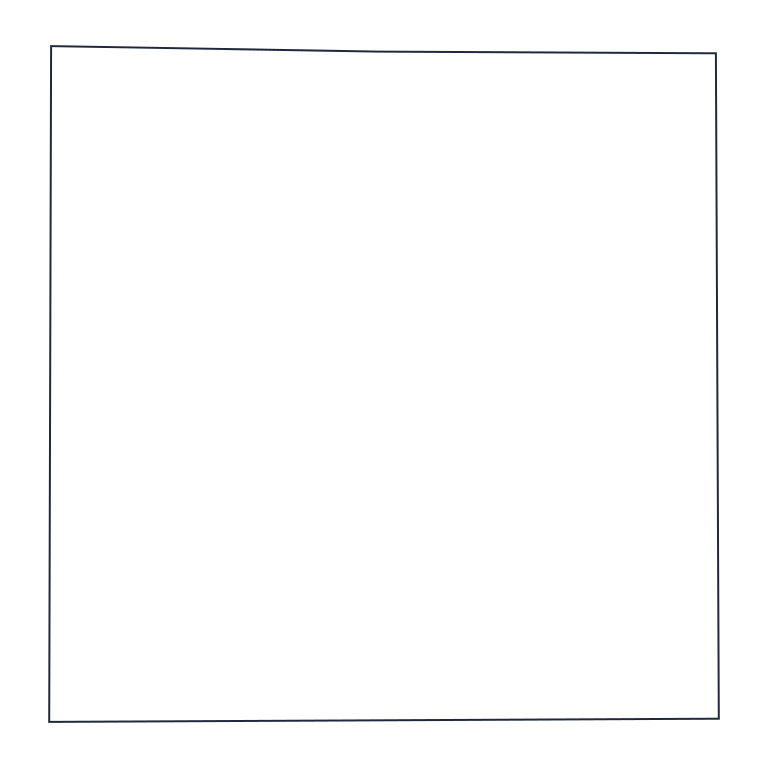 Clare, Michigan, United States of America (Mercator projection)
{"feature_id": "52423323B50693448759182", "entity_name": "Clare", "entity_type": "district", "adm_level": 2, "iso_a3": "USA", "parent_name": "United States of America", "parent_adm1": "Michigan", "projection": "mercator", "projection_center": [-84.888, 43.989], "detail": "fine", "context": "isolated", "style": "outline", "palette": "slate", "viewbox_px": 768, "rotation_deg": 0, "n_neighbors": 0, "source": "geoboundaries", "source_scale": "gbopen_adm2", "svg_char_len": 192}
<svg xmlns="http://www.w3.org/2000/svg" viewBox="0 0 768 768"><path d="M51.1,46.1L49.2,721.9L718.8,718.7L715.9,53.3L378.1,51.6L51.1,46.1Z" fill="none" stroke="#1e293b" stroke-width="2"/></svg>